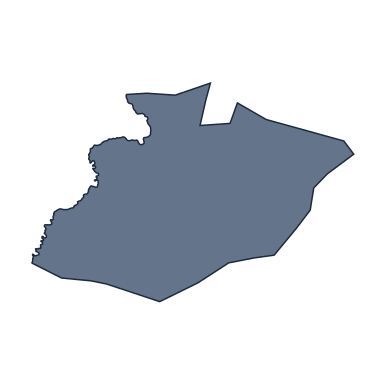 outline of Tes, Dzavhan, Mongolia, rotated 267°
{"feature_id": "93677404B51014704481804", "entity_name": "Tes", "entity_type": "district", "adm_level": 2, "iso_a3": "MNG", "parent_name": "Mongolia", "parent_adm1": "Dzavhan", "projection": "orthographic", "projection_center": [95.652, 49.605], "detail": "fine", "context": "isolated", "style": "filled", "palette": "slate", "viewbox_px": 384, "rotation_deg": 267, "n_neighbors": 0, "source": "geoboundaries", "source_scale": "gbopen_adm2", "svg_char_len": 5776}
<svg xmlns="http://www.w3.org/2000/svg" viewBox="0 0 384 384"><g transform="rotate(267 192 192)"><path d="M108.5,86.9L104.6,101.8L84.2,154.0L101.1,193.4L119.3,224.9L122.9,250.4L124.6,270.7L149.9,294.0L167.7,309.1L189.7,313.8L203.1,328.2L221.3,355.5L235.0,346.3L260.5,269.9L278.6,242.0L258.5,233.6L258.0,203.5L283.0,210.6L299.8,216.1L289.6,180.3L293.0,152.0L292.8,131.7L291.6,131.3L289.9,131.4L289.3,131.5L288.9,131.7L288.4,132.1L285.9,132.5L285.0,132.8L284.3,133.3L283.9,133.9L283.5,135.0L283.4,135.8L283.2,136.3L282.7,136.8L281.7,137.3L280.9,137.5L279.1,137.7L278.5,137.8L277.5,138.3L276.6,139.1L275.6,139.8L275.2,139.9L274.7,140.0L274.4,140.2L273.6,141.0L272.8,141.5L272.7,141.8L272.8,143.2L272.9,143.8L272.9,144.8L273.0,145.8L272.9,146.8L272.3,147.9L271.7,148.6L271.1,148.9L270.3,149.0L270.0,149.2L269.8,149.6L269.5,150.8L269.1,151.3L268.4,151.6L267.7,151.8L266.7,151.6L265.8,150.7L265.5,150.7L264.9,150.9L264.5,151.2L264.1,151.4L263.5,151.5L263.0,151.5L262.4,151.7L261.6,152.2L260.5,153.1L260.0,153.3L259.4,153.8L259.0,153.9L258.3,154.0L256.0,154.1L255.3,154.1L253.7,153.7L252.3,153.7L251.2,153.3L249.9,151.8L249.4,150.9L249.1,150.0L248.9,149.0L248.8,146.9L248.4,146.5L247.9,146.3L247.4,146.2L245.0,146.7L243.4,146.8L242.7,146.1L242.2,145.2L241.9,144.4L242.0,143.2L242.5,142.2L243.4,141.5L244.5,141.0L245.3,140.8L246.3,140.1L246.7,139.7L246.7,139.3L246.4,137.5L246.5,136.9L246.9,136.1L247.1,135.0L247.0,134.1L246.7,133.4L246.6,132.5L246.5,131.4L246.8,130.6L247.2,129.8L247.9,129.2L248.4,129.1L248.9,128.7L249.2,128.3L249.5,128.2L249.9,127.9L250.1,127.7L250.3,127.4L250.5,126.6L250.6,126.0L250.6,125.5L250.1,124.5L250.0,123.9L250.0,122.4L249.8,121.9L249.8,121.3L250.0,120.6L250.1,120.1L250.0,119.7L249.8,119.3L249.4,118.9L249.2,118.3L249.2,117.7L249.3,117.1L249.5,116.7L249.6,116.2L249.6,115.9L249.3,115.4L249.0,114.4L249.0,113.9L249.1,113.0L249.2,112.4L249.3,112.0L249.2,111.7L248.7,111.3L248.3,110.9L248.0,110.4L247.5,108.9L247.4,108.1L247.2,107.3L247.0,106.7L246.5,105.6L246.0,105.0L244.8,103.8L244.3,103.1L244.0,102.2L243.8,101.5L243.5,100.5L243.6,98.6L243.9,97.3L243.9,97.0L243.6,96.6L241.7,95.4L241.2,95.0L241.0,94.7L241.0,93.9L240.2,92.7L239.9,92.6L238.1,92.7L237.4,92.5L236.9,92.3L236.4,92.0L235.1,91.0L234.5,90.8L234.1,90.8L233.7,90.9L233.4,91.1L232.3,91.2L231.9,91.1L230.9,90.6L230.0,90.7L229.7,90.9L229.4,91.3L228.8,91.7L227.6,91.7L226.6,91.7L226.3,91.9L226.4,92.4L226.6,92.7L227.0,93.1L227.8,93.8L228.2,94.3L228.4,94.5L228.4,94.8L228.3,95.3L228.1,95.7L227.6,96.1L226.7,96.4L225.5,96.5L225.1,96.2L224.5,95.6L224.2,94.9L224.1,94.7L223.8,94.3L223.6,94.2L223.2,94.2L223.1,94.3L223.0,94.5L223.1,96.2L222.9,96.6L222.7,96.8L222.2,97.0L221.6,97.0L221.2,96.8L220.8,96.4L220.6,96.0L220.6,95.5L220.7,95.0L220.7,94.3L220.5,94.2L220.2,94.3L218.3,95.6L217.8,95.8L217.6,95.9L217.4,96.3L216.9,96.8L216.5,97.0L216.2,97.5L215.9,98.1L215.6,99.1L215.2,99.5L214.1,99.7L213.8,99.6L213.5,99.2L213.1,98.5L212.7,97.3L211.8,97.1L211.1,97.5L210.5,97.9L210.2,97.9L209.8,97.8L209.5,97.5L209.5,97.4L209.1,96.1L209.0,95.5L208.9,95.3L208.6,95.3L208.4,95.3L208.3,95.5L208.2,95.7L208.2,96.2L208.5,96.8L208.7,97.1L208.8,97.6L208.8,98.0L208.6,98.3L208.2,98.7L207.6,98.8L206.8,98.7L205.4,98.8L204.8,98.7L204.3,98.3L203.8,98.1L203.4,98.2L202.5,97.9L202.1,97.6L201.8,96.7L201.7,96.1L202.3,95.0L202.5,94.5L202.7,93.8L202.7,93.0L202.8,92.8L203.1,92.6L203.3,92.2L203.2,91.4L203.1,91.1L202.7,90.7L200.5,89.2L199.1,88.6L198.1,88.6L197.5,88.4L197.0,88.2L196.1,87.7L195.8,87.3L195.5,86.6L195.5,85.8L195.4,85.2L195.0,83.9L194.8,83.7L194.3,83.4L194.1,83.4L193.5,83.6L193.3,83.6L192.8,83.5L192.4,83.3L191.8,82.8L191.5,82.3L191.1,82.0L190.4,81.5L189.8,81.0L189.2,80.3L189.0,79.7L188.7,78.2L188.5,77.8L188.3,77.4L188.1,77.3L187.9,77.3L187.3,77.3L186.6,77.3L186.2,77.1L185.7,76.7L185.3,76.0L184.7,74.5L184.5,73.9L184.1,73.6L183.8,73.4L183.0,73.0L182.6,72.7L182.4,72.3L182.3,71.6L182.2,70.3L181.4,68.1L181.2,67.6L181.0,66.6L181.1,63.3L181.2,62.7L181.5,61.7L181.8,60.7L182.0,59.6L182.0,58.9L181.8,58.3L181.0,56.7L180.7,56.0L180.1,55.3L179.5,53.9L179.2,53.5L178.8,53.3L178.3,53.2L177.9,52.8L177.6,52.8L176.4,52.9L175.9,52.7L175.0,52.1L174.6,52.0L173.9,52.0L172.7,52.1L172.2,52.1L171.9,51.9L171.6,51.6L171.5,51.2L171.4,50.9L171.5,50.5L171.7,50.0L171.7,49.8L171.6,49.4L171.4,49.3L171.2,49.2L170.6,49.4L169.5,49.9L168.9,50.2L168.3,50.3L167.6,50.2L167.4,50.1L167.1,49.7L166.8,49.1L166.7,48.5L166.6,47.8L166.7,46.9L166.8,45.8L166.9,44.1L166.9,43.8L166.8,43.3L166.5,43.0L166.1,42.9L165.8,42.8L165.2,42.9L164.9,43.1L164.3,43.7L164.0,43.9L163.4,44.1L162.8,44.2L162.0,43.9L161.7,43.5L161.4,43.3L161.1,43.2L160.3,43.3L159.8,43.2L159.1,42.9L158.7,42.4L158.3,42.4L158.1,42.6L157.0,43.7L156.6,44.0L156.1,44.3L155.7,44.3L155.2,44.3L154.7,44.2L154.3,43.9L154.1,43.5L153.9,43.2L153.9,42.7L153.9,42.4L154.0,42.0L155.3,41.0L155.5,40.5L155.5,40.2L155.1,39.9L154.3,39.8L154.0,39.8L153.4,40.1L152.6,41.0L152.3,41.2L152.0,41.2L151.6,41.1L151.3,40.8L151.1,40.4L151.2,39.8L151.1,38.9L151.0,38.7L150.8,38.5L150.7,38.5L149.7,39.8L149.4,40.0L149.1,40.1L148.3,40.1L147.9,40.0L147.7,39.7L147.3,38.3L147.2,38.1L146.5,37.9L145.9,37.9L145.1,38.1L144.7,38.1L144.3,38.1L144.1,38.0L143.7,37.7L143.6,37.4L143.7,36.7L143.8,36.1L143.7,35.8L143.4,35.6L143.3,35.3L143.2,35.0L143.2,34.7L143.5,34.1L143.5,33.7L143.5,33.4L143.4,32.9L143.2,32.8L142.4,33.2L142.2,33.3L141.9,33.3L141.5,33.1L141.1,33.1L140.9,33.1L140.7,33.3L140.5,33.7L140.0,34.8L139.7,35.2L139.4,35.6L139.1,35.8L138.8,36.0L138.3,36.0L138.0,35.9L137.6,35.7L137.3,35.3L137.0,34.7L136.7,32.9L136.5,32.0L136.6,31.6L136.7,31.4L137.0,31.1L137.5,30.7L138.1,30.0L138.2,29.8L138.0,29.5L137.3,29.5L136.6,29.8L136.0,30.2L135.6,30.2L134.9,30.0L134.2,29.6L133.9,29.5L131.2,29.2L130.5,28.9L130.2,28.7L129.9,28.5L129.2,28.7L112.9,57.3L108.5,86.9Z" fill="#64748b" stroke="#1e293b" stroke-width="1.5"/></g></svg>